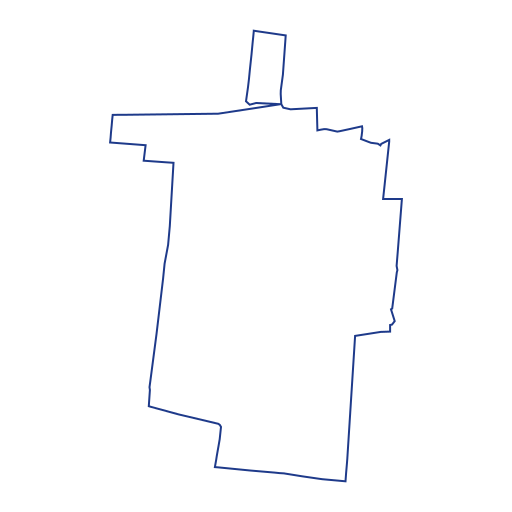 Costache Negri, Galati, Romania, rotated 90°
{"feature_id": "2599482B13141455538439", "entity_name": "Costache Negri", "entity_type": "district", "adm_level": 2, "iso_a3": "ROU", "parent_name": "Romania", "parent_adm1": "Galati", "projection": "natural_earth1", "projection_center": [27.727, 45.705], "detail": "fine", "context": "isolated", "style": "outline", "palette": "blue", "viewbox_px": 512, "rotation_deg": 90, "n_neighbors": 0, "source": "geoboundaries", "source_scale": "gbopen_adm2", "svg_char_len": 1517}
<svg xmlns="http://www.w3.org/2000/svg" viewBox="0 0 512 512"><g transform="rotate(90 256 256)"><path d="M467.1,297.1L467.4,293.4L470.5,261.9L472.6,237.3L473.1,232.5L473.4,227.7L473.6,226.9L473.6,226.7L476.3,209.9L478.8,192.6L479.2,189.7L480.7,173.1L481.3,166.5L473.1,165.9L462.7,165.0L458.7,164.7L335.9,156.9L333.9,144.0L331.9,131.2L331.6,121.9L325.7,121.9L325.0,121.9L324.6,120.0L321.1,117.3L309.3,121.0L308.5,119.8L272.4,115.2L270.1,114.6L265.9,115.4L252.4,114.3L199.0,110.1L199.0,128.9L185.0,127.4L141.6,122.8L139.9,122.8L143.9,130.8L145.4,131.6L143.8,134.0L143.6,134.8L142.8,141.0L142.0,143.2L139.0,151.0L138.1,150.8L135.5,150.3L135.2,150.3L131.1,149.8L130.3,149.8L128.2,149.7L126.3,150.0L128.8,161.2L131.2,172.3L131.6,174.7L129.2,185.4L129.1,187.8L129.7,191.3L130.4,194.6L107.9,195.2L109.3,221.5L107.7,228.7L104.2,230.7L93.9,231.3L90.2,231.2L74.7,229.1L39.9,226.6L35.4,226.3L34.8,230.5L33.2,241.4L31.5,253.1L30.7,258.2L30.9,258.2L37.2,258.8L42.0,259.3L54.6,260.5L69.5,262.1L78.7,263.0L87.2,264.0L101.3,266.0L104.7,262.3L103.0,255.9L104.2,231.6L108.3,258.2L113.7,293.8L114.8,387.4L114.8,393.4L114.9,399.3L119.5,399.8L125.3,400.3L132.4,401.0L137.6,401.4L142.5,401.9L145.2,366.4L160.7,368.3L162.2,347.5L162.8,338.5L226.1,342.2L244.9,343.9L263.6,347.4L278.5,348.9L315.6,353.3L334.1,355.5L381.3,361.7L387.2,362.5L390.0,362.1L406.2,363.2L406.9,360.9L414.4,333.4L423.8,293.7L424.9,292.2L426.9,291.0L439.2,292.3L446.2,293.5L455.8,295.2L459.7,295.8L467.1,297.1Z" fill="none" stroke="#1e3a8a" stroke-width="2"/></g></svg>